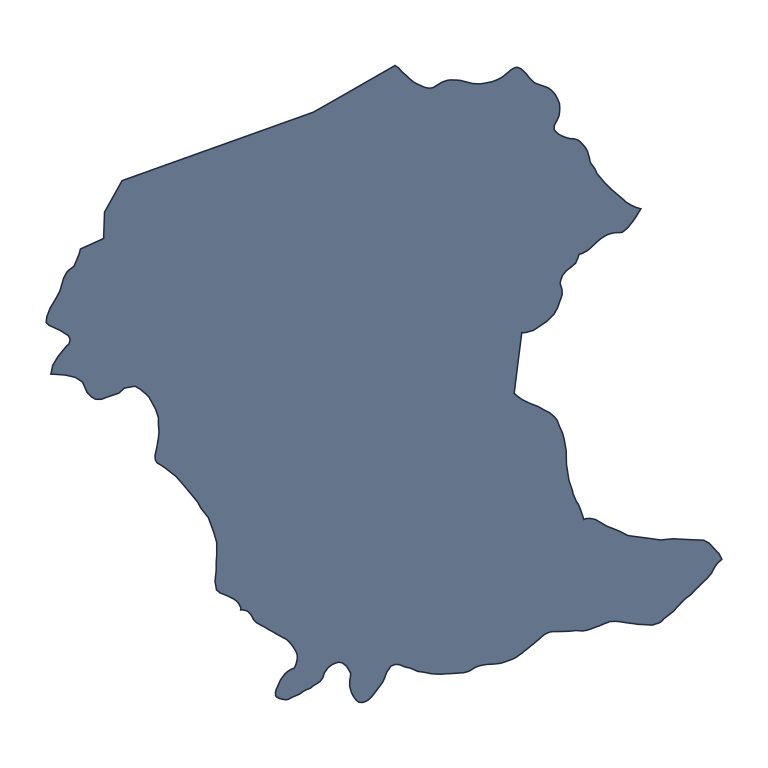 outline of Des Blanchard, Micoud, Saint Lucia
{"feature_id": "8701671B70067848832200", "entity_name": "Des Blanchard", "entity_type": "district", "adm_level": 2, "iso_a3": "LCA", "parent_name": "Saint Lucia", "parent_adm1": "Micoud", "projection": "mercator", "projection_center": [-60.933, 13.812], "detail": "fine", "context": "isolated", "style": "filled", "palette": "slate", "viewbox_px": 768, "rotation_deg": 0, "n_neighbors": 0, "source": "geoboundaries", "source_scale": "gbopen_adm2", "svg_char_len": 5762}
<svg xmlns="http://www.w3.org/2000/svg" viewBox="0 0 768 768"><path d="M240.6,610.0L242.7,609.9L244.7,610.3L246.0,610.6L248.2,611.7L250.8,614.6L251.5,615.5L253.5,619.6L256.6,622.7L261.0,625.3L264.1,626.8L268.7,629.6L273.0,631.9L276.5,634.1L278.8,635.3L282.6,637.4L286.6,639.5L289.5,642.3L290.7,643.7L291.6,644.7L294.2,648.5L295.9,651.5L297.2,654.9L297.3,657.2L297.3,658.6L296.7,661.4L295.8,664.9L294.9,666.8L294.3,668.0L290.7,669.5L287.3,671.7L284.7,674.2L282.9,676.6L280.6,679.7L279.4,682.2L278.1,685.2L276.2,689.4L275.4,692.6L275.6,695.8L276.8,697.1L279.4,698.5L280.5,698.8L282.2,699.2L283.7,699.5L285.8,699.8L288.3,699.4L291.1,697.8L293.5,696.7L296.0,695.6L299.3,694.3L303.6,691.2L306.5,689.7L310.4,688.2L313.3,685.7L317.6,683.2L320.2,681.3L322.7,678.0L323.3,676.3L324.3,672.9L325.2,671.7L326.3,670.2L327.9,667.9L329.6,666.4L332.3,664.5L335.3,663.2L338.8,662.2L342.3,662.9L344.1,664.2L346.6,666.4L348.7,669.7L350.6,673.0L350.5,676.5L349.8,680.0L349.7,681.3L349.7,682.8L349.6,685.8L350.5,689.4L351.6,692.9L353.4,696.4L356.4,700.4L358.7,702.1L360.4,702.4L362.0,702.5L363.5,702.3L366.3,701.1L368.1,700.1L370.9,697.5L372.5,695.8L374.3,693.4L377.1,689.7L379.2,687.0L381.4,684.0L383.0,681.6L384.8,677.6L385.8,674.5L387.0,671.7L388.9,669.2L390.8,666.2L392.6,665.4L395.4,664.4L397.4,664.5L399.7,664.8L401.2,665.4L403.5,666.4L406.1,667.3L410.3,668.1L414.6,670.0L415.5,670.4L417.9,671.5L422.5,672.0L423.7,672.2L427.7,673.0L430.6,673.6L436.3,674.1L441.5,674.2L445.6,673.8L451.2,673.6L457.0,673.2L460.1,672.9L463.3,672.8L466.4,672.0L469.0,671.2L471.3,669.9L473.9,668.2L475.7,667.2L479.3,665.8L481.0,665.5L483.5,664.9L487.3,664.4L493.3,664.1L496.7,663.8L500.6,663.3L504.7,662.0L509.7,660.2L513.8,658.6L516.8,656.9L519.4,654.9L522.0,653.2L523.8,651.5L526.2,649.7L528.3,648.0L528.8,647.6L530.8,645.9L534.2,643.2L535.3,642.3L536.7,641.1L539.1,639.2L542.1,636.3L542.8,635.8L544.4,634.6L546.7,633.3L549.9,632.0L552.7,631.6L556.5,631.6L561.5,631.5L564.9,631.4L567.8,631.3L571.9,631.0L575.8,630.5L578.9,630.7L582.8,631.0L584.0,630.7L586.3,630.4L587.9,629.9L591.2,628.9L592.1,628.5L595.9,627.0L598.5,626.2L602.3,624.6L605.0,623.4L606.6,622.9L608.0,622.4L609.1,621.7L612.8,621.4L616.5,621.4L620.0,621.7L625.4,622.6L631.2,623.4L633.3,623.6L634.6,623.8L638.1,624.4L642.3,624.5L646.7,624.8L648.2,624.8L650.6,625.1L653.0,625.0L655.5,624.0L657.8,623.4L660.2,622.3L661.9,621.0L663.9,618.7L667.7,615.8L670.3,613.7L673.4,611.4L674.9,609.7L676.6,607.6L677.5,606.7L678.8,605.4L681.5,602.5L683.8,600.2L684.7,599.3L686.3,597.9L688.9,596.1L690.5,594.8L693.3,592.1L695.2,589.9L696.5,588.7L697.6,587.7L699.1,586.2L699.9,585.3L701.8,583.5L704.6,580.7L707.2,578.4L709.0,576.1L711.4,573.4L713.2,569.8L714.4,567.8L715.9,565.2L718.2,562.4L719.7,561.3L721.9,559.3L718.8,553.3L716.9,551.6L709.1,543.1L703.6,540.2L697.3,539.9L693.8,539.8L689.6,539.6L679.0,539.1L673.5,538.7L663.9,539.6L661.9,539.9L660.7,540.0L650.2,538.5L628.1,535.6L619.7,531.3L613.9,528.9L606.5,526.0L595.5,519.5L590.4,518.4L588.3,518.5L586.0,518.6L583.9,519.5L580.7,509.9L578.1,503.8L576.4,501.6L573.1,493.8L572.4,490.5L569.0,480.5L568.4,476.7L566.5,464.5L566.3,456.5L566.1,450.1L564.6,441.6L563.8,437.7L562.5,432.9L559.5,426.4L557.2,420.3L554.6,417.0L549.5,412.6L545.5,410.7L537.7,406.3L533.6,404.8L529.0,403.0L522.0,399.5L517.8,396.5L514.2,393.4L517.5,366.5L521.8,332.6L523.5,332.8L527.3,332.1L533.4,330.4L538.3,327.1L546.4,321.7L554.0,314.2L557.6,307.7L561.0,298.1L562.2,294.6L562.0,289.4L560.1,283.3L560.8,280.0L562.5,275.4L566.5,270.6L570.9,267.3L575.6,263.2L577.9,258.0L579.1,254.2L582.2,253.5L584.1,252.4L587.0,250.9L590.1,248.4L592.8,245.8L597.3,241.6L601.0,238.5L605.3,235.8L607.3,234.8L610.3,233.7L614.7,232.7L617.9,232.6L619.1,232.6L620.4,232.5L622.0,232.4L623.6,231.3L628.2,227.3L631.0,223.6L632.6,221.7L633.1,221.0L635.9,217.0L638.0,213.5L640.9,208.8L636.3,207.5L631.4,205.3L626.0,202.1L622.8,199.0L616.9,194.1L611.9,189.8L609.4,187.3L604.5,182.6L601.2,178.5L597.1,173.8L594.9,168.8L593.2,166.4L591.6,164.4L590.1,161.8L589.4,157.7L588.4,154.7L587.8,152.2L586.8,149.9L585.4,147.5L584.4,146.3L583.9,145.7L580.0,141.5L577.8,140.0L574.2,138.8L570.1,138.6L566.2,137.6L561.6,135.8L558.7,134.2L555.5,131.4L554.1,129.3L554.4,125.4L555.6,122.8L556.5,121.4L557.0,120.5L559.1,115.6L559.7,110.9L559.8,108.3L559.6,105.1L559.5,103.5L557.5,98.7L555.5,95.0L555.1,94.3L551.9,90.7L548.3,87.9L544.5,86.4L540.6,85.1L537.2,83.9L534.6,82.9L531.8,80.3L529.2,77.6L526.5,74.0L523.2,70.7L520.8,68.7L517.2,67.2L514.5,67.8L510.9,69.9L507.5,72.9L502.0,77.2L497.8,79.5L492.0,81.7L485.6,83.0L480.3,83.9L472.7,83.5L466.5,82.0L460.4,80.4L457.0,80.1L450.5,79.9L446.9,80.4L445.8,80.8L442.9,81.8L439.4,83.7L433.0,87.7L429.9,88.1L428.9,88.2L424.9,87.4L421.0,85.7L416.2,83.5L413.5,82.0L411.3,80.1L409.2,78.4L406.5,75.7L401.5,71.4L400.6,70.2L398.6,67.9L395.0,65.5L342.2,95.8L313.5,112.1L122.1,180.6L104.5,212.2L103.6,238.5L80.4,249.0L79.2,253.8L76.9,259.4L74.0,266.2L68.5,270.4L66.8,272.2L64.7,276.1L63.9,277.5L61.9,284.0L59.9,290.9L56.5,297.4L50.1,308.1L47.8,314.2L46.9,316.4L46.1,322.3L49.0,325.3L51.4,326.4L60.5,330.6L64.3,333.1L68.3,335.6L70.0,338.9L69.6,341.8L68.8,344.2L66.5,346.0L57.9,356.7L52.7,365.3L51.3,372.1L50.8,374.1L51.6,374.1L64.8,375.0L75.2,377.3L82.5,382.0L87.0,392.3L91.6,397.0L95.6,399.3L101.5,399.3L106.1,397.5L118.8,393.2L124.3,388.1L135.1,386.2L139.1,388.6L140.3,389.3L146.4,394.4L148.9,397.0L155.6,409.2L158.4,417.7L158.4,424.5L159.0,431.9L158.4,437.8L157.0,446.4L155.0,455.6L155.3,459.7L157.0,462.7L164.8,467.7L176.2,476.6L185.4,487.2L197.8,502.3L200.9,508.2L203.8,511.9L208.4,517.7L213.9,532.8L216.7,542.5L216.7,555.2L216.2,561.8L216.2,570.0L215.0,581.3L215.2,582.3L216.5,589.9L219.9,592.8L223.6,594.3L227.4,595.8L234.2,599.3L236.6,601.1L238.9,603.8L240.9,607.9L240.6,610.0Z" fill="#64748b" stroke="#1e293b" stroke-width="1.5"/></svg>